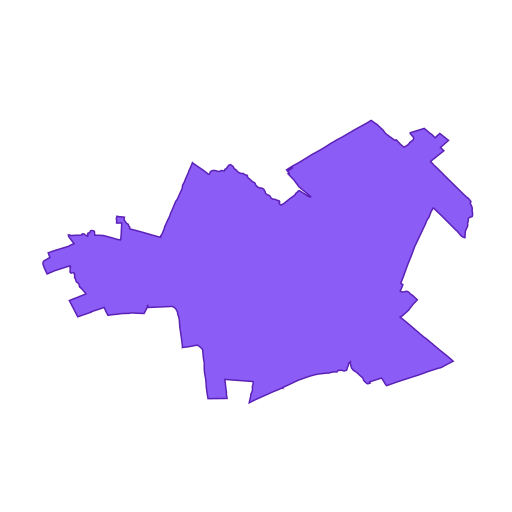 Saveni, Botosani, Romania, rotated 186°
{"feature_id": "2599482B73989625224093", "entity_name": "Saveni", "entity_type": "district", "adm_level": 2, "iso_a3": "ROU", "parent_name": "Romania", "parent_adm1": "Botosani", "projection": "equal_earth", "projection_center": [26.877, 47.965], "detail": "fine", "context": "isolated", "style": "filled", "palette": "violet", "viewbox_px": 512, "rotation_deg": 186, "n_neighbors": 0, "source": "geoboundaries", "source_scale": "gbopen_adm2", "svg_char_len": 6078}
<svg xmlns="http://www.w3.org/2000/svg" viewBox="0 0 512 512"><g transform="rotate(186 256 256)"><path d="M155.5,402.9L156.5,402.4L157.7,401.3L160.0,399.6L171.2,391.8L183.4,382.8L187.7,380.0L191.3,377.3L194.0,375.4L195.2,374.3L199.0,371.3L204.1,367.5L210.8,362.9L223.1,353.4L229.1,349.3L234.6,344.9L234.0,344.4L229.4,348.1L228.9,347.5L233.5,343.6L231.7,341.9L231.8,341.6L232.7,341.1L226.1,335.5L220.6,329.4L207.8,320.8L208.2,320.2L210.5,320.9L219.6,325.6L221.0,324.9L221.5,323.9L222.9,322.5L223.7,320.7L228.3,316.6L233.7,311.2L236.5,309.2L237.3,309.6L238.0,310.3L238.1,311.0L238.5,311.2L238.5,311.4L238.2,311.8L238.1,312.2L238.3,312.8L238.9,313.4L239.4,313.5L240.6,313.5L242.3,314.2L243.5,314.4L245.0,314.2L246.7,315.1L247.3,315.5L248.4,317.1L248.8,317.4L251.4,318.3L252.7,318.9L253.2,319.6L253.5,320.7L255.4,323.3L257.2,324.1L260.0,324.2L261.5,324.8L262.1,325.3L263.1,325.9L263.8,326.7L264.1,327.5L264.7,328.4L265.5,328.9L267.8,329.8L269.1,331.0L272.0,332.9L272.8,333.9L273.0,335.2L274.4,335.6L275.6,335.6L276.1,335.9L276.6,336.4L277.5,336.8L279.1,336.5L279.9,336.6L282.0,337.3L283.4,338.1L284.0,338.8L284.3,339.3L286.8,340.6L287.9,342.3L288.3,342.7L289.4,343.4L291.0,344.2L292.0,343.8L292.7,343.2L294.2,340.7L294.6,339.9L296.0,338.9L296.2,338.3L296.2,337.5L296.3,337.3L296.8,337.2L299.3,337.5L300.4,336.7L301.4,336.3L302.5,336.2L305.6,336.7L307.0,336.7L307.6,336.6L309.4,335.8L310.0,335.2L310.4,334.5L310.7,332.8L311.9,332.2L312.7,332.9L317.4,335.8L327.1,341.0L329.0,342.2L329.5,340.1L331.4,334.3L332.5,330.1L333.1,328.6L334.5,324.1L334.6,323.4L335.4,321.0L336.2,319.4L336.5,317.8L336.4,316.4L336.4,315.7L340.3,304.0L341.4,302.3L341.9,300.9L344.4,292.4L345.5,289.2L345.7,287.8L346.1,286.4L346.9,284.1L347.4,283.0L349.3,277.1L349.8,276.0L350.3,272.8L350.6,272.1L351.2,269.7L351.9,267.6L352.9,266.1L352.9,264.6L356.3,265.1L375.1,268.4L381.9,269.4L383.7,269.6L384.4,269.8L384.6,270.3L384.5,271.3L384.7,271.7L385.5,272.2L385.9,272.8L386.1,273.7L386.4,274.1L386.7,274.4L387.9,274.8L388.8,275.6L390.2,277.2L391.1,279.1L391.2,279.7L390.9,280.8L392.7,280.9L396.3,280.8L398.5,281.0L398.8,278.9L398.2,276.1L398.2,274.3L397.7,274.2L393.0,274.8L392.3,262.6L392.3,259.4L392.2,258.4L392.4,257.8L396.4,258.1L400.9,259.0L409.9,260.4L412.9,260.3L418.5,259.8L419.3,263.7L420.5,264.1L421.5,264.2L422.1,264.2L423.1,263.8L423.5,263.2L423.8,261.7L424.8,261.5L425.6,261.0L425.8,260.6L425.4,259.6L425.2,258.7L425.6,258.1L428.3,259.3L429.3,259.9L430.3,260.0L430.8,259.9L431.4,259.5L431.6,258.6L432.1,258.4L437.0,257.9L441.4,257.1L442.4,257.1L444.1,257.5L444.9,257.3L444.1,255.5L438.3,249.2L441.9,247.2L443.5,246.0L455.7,240.9L463.0,237.5L461.9,235.1L460.8,233.0L466.5,228.9L466.8,228.5L467.1,227.1L467.0,225.9L466.8,225.1L465.2,221.8L461.9,216.3L454.5,220.4L440.0,226.8L439.4,226.3L439.2,225.8L439.8,225.2L439.3,223.0L439.3,220.7L438.5,219.8L437.9,219.7L437.0,220.2L436.4,220.3L435.5,220.2L434.6,219.7L434.9,219.0L434.1,217.2L434.3,215.6L433.5,214.9L432.0,211.6L431.4,211.1L430.6,210.8L429.9,210.3L429.2,209.5L428.5,208.0L428.6,207.6L428.1,206.7L427.8,206.5L427.0,206.3L426.9,205.9L426.2,205.3L424.5,204.0L423.4,202.8L421.7,201.3L421.2,200.5L437.0,192.2L426.9,176.9L414.1,182.9L414.3,183.2L402.8,188.4L401.7,189.1L398.9,184.2L398.3,183.5L397.0,181.5L395.0,182.1L386.7,183.9L383.6,184.7L376.1,185.7L375.3,186.1L373.5,186.4L361.3,187.1L359.1,192.8L358.7,194.5L358.8,195.3L358.6,195.5L358.4,195.5L358.4,195.3L358.0,193.5L334.1,197.1L333.3,196.9L331.5,196.0L330.0,194.8L329.3,193.6L328.5,192.5L327.9,191.1L327.8,190.0L326.7,187.8L325.7,185.0L324.5,178.0L321.4,165.7L319.5,157.6L319.6,157.3L313.2,158.8L305.6,161.1L304.8,161.2L302.3,159.8L300.9,158.8L300.0,158.0L299.2,156.9L297.9,150.1L296.8,146.0L296.4,144.8L295.6,137.9L295.1,135.1L293.0,127.6L291.5,119.4L290.4,114.8L288.8,109.1L269.9,111.3L271.0,115.5L271.2,117.8L271.9,120.2L273.3,126.7L274.1,130.0L247.3,130.8L245.7,130.7L245.4,127.7L245.8,127.2L245.9,126.7L245.9,125.2L245.5,122.6L245.9,120.0L246.6,118.5L246.7,117.7L246.6,116.1L247.2,111.4L247.4,109.3L241.3,113.2L224.1,123.2L221.1,124.7L216.9,127.1L216.3,127.4L215.8,127.3L216.1,127.7L201.1,136.8L190.7,141.8L186.0,143.7L181.8,145.1L172.6,147.1L171.6,147.1L170.6,147.6L166.5,148.9L163.5,149.1L162.2,151.0L160.8,150.9L158.9,151.4L157.1,150.9L156.1,150.9L155.4,151.3L154.1,151.7L153.6,153.2L153.5,154.6L152.7,156.7L152.8,158.2L152.8,158.6L152.2,159.3L152.0,159.8L151.1,160.7L150.9,158.4L150.2,157.4L150.1,156.5L149.6,155.5L149.2,154.5L147.6,152.8L146.1,151.9L144.2,151.1L138.4,146.8L137.2,146.1L136.8,145.5L136.4,144.3L135.4,143.0L132.9,141.1L132.2,140.7L131.3,140.6L129.2,141.6L130.0,142.6L129.9,142.7L118.4,147.7L116.6,145.6L113.9,142.0L112.6,140.7L100.6,146.4L80.9,155.1L75.9,157.5L73.2,158.9L62.8,163.5L60.9,164.1L59.1,165.1L57.7,166.2L48.9,172.0L54.9,176.2L63.5,181.7L78.0,191.5L81.2,193.3L98.7,205.4L106.3,210.3L104.5,211.5L98.2,218.5L98.0,219.2L94.8,224.3L91.0,229.3L96.4,233.4L98.4,234.3L100.1,235.8L100.9,236.3L101.9,236.6L103.0,236.6L105.9,235.5L106.9,235.5L108.9,236.1L106.9,242.8L109.2,244.1L107.6,249.6L104.4,262.6L101.8,271.6L99.0,282.5L96.9,288.3L90.6,306.3L90.0,308.8L89.0,310.9L88.1,312.4L86.7,317.8L86.1,319.4L85.8,319.9L85.7,320.3L84.8,322.2L83.5,321.5L75.7,315.5L59.6,302.4L58.6,301.8L54.5,297.8L53.5,297.1L51.0,296.1L50.1,296.1L50.4,302.6L48.7,307.6L48.7,309.6L49.1,310.9L48.7,312.0L48.5,313.5L48.8,314.1L48.8,314.6L48.6,315.5L48.1,316.4L47.4,316.8L45.9,317.4L45.1,317.9L44.9,318.7L44.9,319.5L45.3,322.2L45.8,323.4L45.8,325.4L46.1,326.7L47.2,329.0L48.2,330.2L48.5,331.0L48.0,332.0L48.1,332.9L51.0,335.7L52.7,336.6L55.4,338.6L77.1,355.9L81.1,359.3L82.1,359.9L84.4,361.9L88.9,365.2L90.3,366.6L92.1,367.9L92.3,368.3L80.2,380.3L83.9,383.2L76.6,391.1L86.0,397.1L88.2,394.7L90.2,392.3L94.2,395.5L95.6,396.1L102.0,400.5L115.3,394.8L115.6,394.5L115.3,393.8L111.9,390.6L111.5,389.7L111.6,388.6L111.9,387.8L112.4,387.3L114.6,385.4L115.7,383.6L116.7,382.3L119.9,379.9L120.4,379.7L124.1,382.3L128.4,386.1L128.8,386.2L129.3,385.8L130.1,385.6L138.9,390.7L140.4,391.8L142.8,394.5L147.3,397.8L149.3,399.5L150.7,400.1L155.5,402.9Z" fill="#8b5cf6" stroke="#5b21b6" stroke-width="1.5"/></g></svg>